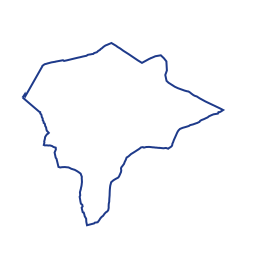 Abu Jubayhah, South Kordufan, Sudan, rotated 258°
{"feature_id": "16777658B72808091845483", "entity_name": "Abu Jubayhah", "entity_type": "district", "adm_level": 2, "iso_a3": "SDN", "parent_name": "Sudan", "parent_adm1": "South Kordufan", "projection": "mercator", "projection_center": [31.566, 10.99], "detail": "fine", "context": "isolated", "style": "outline", "palette": "blue", "viewbox_px": 256, "rotation_deg": 258, "n_neighbors": 0, "source": "geoboundaries", "source_scale": "gbopen_adm2", "svg_char_len": 3780}
<svg xmlns="http://www.w3.org/2000/svg" viewBox="0 0 256 256"><g transform="rotate(258 128 128)"><path d="M182.6,34.2L182.2,33.8L181.7,33.3L181.6,33.2L180.6,32.2L180.4,32.0L180.3,31.9L180.0,31.5L179.9,31.5L179.7,31.3L179.7,31.2L179.7,31.3L170.9,38.0L162.3,44.6L161.8,45.4L160.4,45.2L159.2,46.0L156.3,46.0L155.2,46.5L154.2,46.4L153.3,46.2L152.0,46.8L150.5,46.6L149.7,47.4L148.7,47.5L146.9,47.5L145.7,48.0L143.7,47.9L142.3,48.0L139.7,49.5L139.0,48.4L138.7,47.4L137.3,45.9L136.3,45.0L134.8,44.5L133.4,43.8L132.2,43.2L131.2,43.2L128.9,42.1L128.3,43.0L127.9,45.1L127.4,46.5L127.2,48.0L126.2,49.9L124.9,51.2L124.4,52.1L123.8,53.2L122.0,53.0L119.3,51.1L114.0,51.1L112.6,51.7L111.7,51.7L108.3,51.8L104.4,51.9L104.2,52.3L103.7,53.1L103.5,53.4L103.5,53.6L103.5,53.8L103.4,55.1L103.4,55.3L103.3,55.9L103.1,57.1L102.8,58.5L102.6,59.1L102.5,59.4L102.4,59.7L102.3,60.0L102.1,60.6L102.0,61.1L101.8,61.6L101.6,61.9L101.1,62.6L100.2,63.7L99.9,64.1L99.7,64.4L99.6,64.6L99.5,64.8L99.4,65.0L99.1,65.5L98.8,66.0L98.3,67.0L98.1,67.3L97.9,67.5L97.7,67.7L97.4,68.1L97.0,68.5L96.5,69.1L95.6,70.0L95.0,70.6L93.2,72.2L92.3,72.3L90.5,72.6L89.9,72.7L89.4,72.5L89.1,72.5L88.4,72.3L88.0,72.2L87.7,72.2L86.3,72.0L85.4,71.8L84.9,71.8L84.7,71.7L84.3,71.6L83.2,71.2L82.5,71.0L81.4,70.6L81.2,70.5L80.4,70.2L79.9,69.9L79.0,69.5L77.7,69.0L77.5,68.8L77.4,68.8L77.0,68.6L75.7,67.9L75.0,67.6L73.2,67.4L71.9,67.2L70.8,66.4L67.9,66.3L66.2,66.2L63.8,66.2L62.4,67.3L60.7,67.3L59.7,66.1L58.5,66.1L55.0,66.2L54.5,67.1L53.5,67.2L52.4,67.3L50.7,67.3L49.5,67.7L48.0,68.2L44.9,67.7L41.4,67.7L41.7,75.0L42.3,75.8L42.1,78.7L43.8,80.7L45.3,82.1L46.5,83.7L47.3,85.4L49.0,87.2L50.1,88.8L50.4,89.5L50.7,90.4L51.8,91.6L53.9,92.5L55.5,92.8L57.8,93.4L59.8,94.3L62.6,95.0L65.9,96.0L68.4,96.6L71.1,97.3L74.0,98.2L75.6,98.8L77.1,99.6L78.4,100.2L79.2,101.6L79.9,102.9L80.8,105.5L81.5,108.0L82.4,109.1L83.9,110.2L86.4,112.0L88.0,112.6L89.7,112.7L90.8,113.2L92.2,114.9L93.7,116.6L95.6,117.8L97.2,119.1L99.4,120.5L100.1,122.5L101.9,125.6L102.8,128.2L105.3,134.8L106.3,136.7L106.2,138.6L105.5,139.5L105.6,141.9L105.1,144.8L104.1,147.8L104.0,148.0L103.9,148.3L103.9,148.5L103.5,149.8L103.3,150.3L103.1,150.9L102.9,151.7L102.2,153.8L102.1,154.4L102.0,154.5L102.0,154.8L100.8,158.4L100.6,161.0L99.4,163.0L99.9,164.0L100.0,164.2L100.0,164.3L100.5,165.7L101.1,166.9L102.1,167.7L103.5,168.2L104.6,169.1L106.6,170.3L108.5,171.7L111.1,173.6L112.8,174.8L114.3,176.0L115.3,177.1L116.3,178.7L116.8,181.5L117.0,184.6L117.3,187.9L117.9,189.4L118.0,192.5L118.3,194.3L118.3,194.7L118.4,195.3L118.5,195.9L118.5,196.5L118.6,197.0L119.0,198.5L119.1,199.1L120.0,200.1L120.5,201.6L120.9,204.2L121.4,206.2L121.8,208.1L122.6,209.6L123.2,212.3L123.6,214.5L123.4,218.9L124.7,219.8L124.4,220.8L124.9,222.5L125.8,224.8L127.8,222.4L134.6,213.5L137.9,209.2L142.2,204.2L143.7,202.7L144.6,201.8L145.4,200.3L146.5,198.9L148.5,197.1L149.8,196.1L151.1,194.8L151.7,193.3L153.0,190.8L153.1,190.7L156.5,185.2L158.6,182.4L163.8,177.1L166.1,175.5L172.1,175.5L176.2,178.0L185.2,179.4L188.8,177.6L192.3,175.2L192.5,169.6L192.0,167.3L191.9,166.6L191.8,166.2L191.7,165.8L191.7,165.6L191.7,165.4L191.6,165.1L191.6,164.8L191.5,164.7L191.2,163.2L188.8,155.2L192.1,151.7L200.1,144.0L204.5,139.5L207.4,136.9L209.6,134.5L210.4,133.9L211.3,133.0L214.6,129.4L213.7,125.0L213.4,123.1L212.5,120.9L211.3,118.8L211.0,117.9L210.5,117.1L210.1,116.6L209.7,115.1L208.6,113.3L208.4,111.2L208.4,110.6L207.7,109.5L207.8,107.8L207.8,106.5L207.9,105.6L207.9,103.7L207.3,102.5L207.3,100.0L207.3,98.7L207.2,95.9L207.2,93.7L207.1,89.5L207.0,85.9L206.9,82.2L206.9,80.1L206.9,79.4L207.8,78.5L208.0,70.7L207.9,71.0L208.1,66.8L207.9,63.2L207.9,62.8L207.9,62.6L207.8,62.1L207.7,59.8L207.3,58.7L206.5,57.1L205.9,56.8L205.0,56.0L185.6,38.8L180.5,34.2L182.6,34.2Z" fill="none" stroke="#1e3a8a" stroke-width="2"/></g></svg>